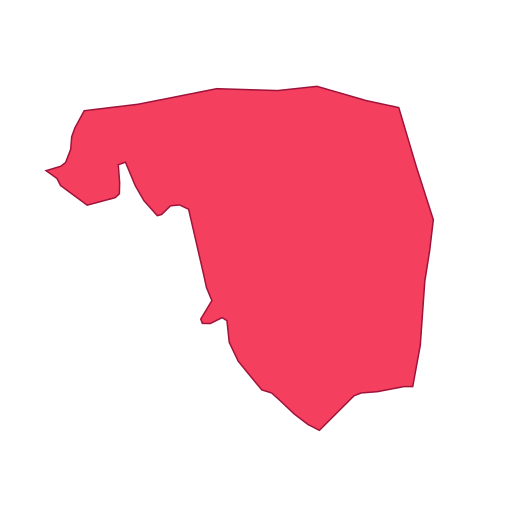 Bérmo, Maradi, Niger, rotated 75°
{"feature_id": "23599985B15241034776795", "entity_name": "Bérmo", "entity_type": "district", "adm_level": 2, "iso_a3": "NER", "parent_name": "Niger", "parent_adm1": "Maradi", "projection": "albers", "projection_center": [6.974, 15.013], "detail": "fine", "context": "isolated", "style": "filled", "palette": "rose", "viewbox_px": 512, "rotation_deg": 75, "n_neighbors": 0, "source": "geoboundaries", "source_scale": "gbopen_adm2", "svg_char_len": 865}
<svg xmlns="http://www.w3.org/2000/svg" viewBox="0 0 512 512"><g transform="rotate(75 256 256)"><path d="M78.9,330.6L71.2,384.3L85.3,397.7L93.0,403.1L105.0,407.4L116.4,415.7L118.8,421.4L119.2,436.7L129.6,428.2L137.4,426.5L163.2,405.9L163.2,376.9L160.6,371.9L150.2,368.8L132.2,365.4L131.6,357.8L156.9,354.4L173.6,349.9L191.5,340.9L191.5,336.5L185.4,325.6L186.9,316.6L193.4,309.0L260.9,311.4L273.6,312.0L284.5,310.6L287.6,310.1L302.6,325.7L307.2,325.3L309.4,317.7L306.8,304.7L310.9,300.8L332.5,304.2L353.0,300.4L367.5,293.9L386.8,285.1L392.3,276.4L401.0,270.7L418.3,260.1L432.1,249.5L440.8,239.9L416.4,197.6L415.5,189.9L418.5,173.7L420.4,147.0L422.7,138.4L384.7,120.4L324.1,99.5L296.1,87.0L266.8,75.3L257.3,75.8L252.7,76.0L211.7,78.0L149.6,79.7L134.3,109.5L107.9,153.2L101.8,192.3L84.2,250.7L78.9,330.6Z" fill="#f43f5e" stroke="#9f1239" stroke-width="1.5"/></g></svg>